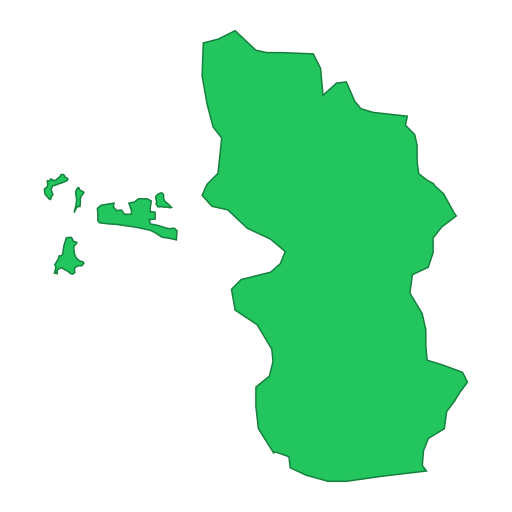 outline of Boryeong-si, South Chungcheong, South Korea
{"feature_id": "91817680B78801700081843", "entity_name": "Boryeong-si", "entity_type": "district", "adm_level": 2, "iso_a3": "KOR", "parent_name": "South Korea", "parent_adm1": "South Chungcheong", "projection": "natural_earth1", "projection_center": [126.462, 36.341], "detail": "fine", "context": "isolated", "style": "filled", "palette": "green", "viewbox_px": 512, "rotation_deg": 0, "n_neighbors": 0, "source": "geoboundaries", "source_scale": "gbopen_adm2", "svg_char_len": 2879}
<svg xmlns="http://www.w3.org/2000/svg" viewBox="0 0 512 512"><path d="M407.3,116.2L373.1,112.4L360.9,108.7L354.8,101.4L346.3,81.9L336.5,83.1L323.0,95.3L320.6,68.5L313.3,53.9L281.5,52.6L266.8,52.6L255.8,50.2L235.1,30.7L218.0,39.2L203.3,42.9L202.1,75.8L207.0,103.8L213.1,127.0L221.7,138.0L218.0,173.3L207.0,184.3L202.1,195.3L211.9,206.3L227.8,209.9L247.3,228.3L270.6,239.2L285.2,251.5L280.3,263.7L270.6,272.2L241.2,279.5L231.5,289.3L235.1,310.1L257.1,324.7L271.8,349.2L273.0,361.4L269.4,376.1L255.9,387.1L255.9,406.6L258.4,428.7L273.6,452.9L275.5,451.9L289.0,456.8L290.2,467.8L306.1,475.2L328.1,481.3L346.5,481.3L380.7,476.4L426.4,471.0L422.3,465.4L423.5,450.7L428.4,438.4L444.3,428.7L446.7,411.5L454.0,401.8L460.1,392.0L467.5,382.2L462.6,372.4L443.0,365.1L427.1,360.2L425.9,346.7L425.8,329.6L422.2,313.7L409.9,293.0L412.4,274.7L428.2,267.3L433.1,252.7L433.1,238.0L441.7,227.0L456.3,215.9L453.9,212.6L443.7,193.9L434.3,185.3L433.6,183.7L426.5,179.8L418.7,173.6L417.1,161.9L417.1,145.5L414.7,134.6L405.4,125.2L407.3,116.2ZM155.1,212.2L150.3,211.6L150.3,207.4L151.3,201.0L147.1,198.8L138.5,198.8L134.3,202.0L128.9,203.1L131.6,211.1L131.0,214.3L124.6,214.3L121.4,210.0L116.6,210.6L113.4,206.8L114.0,203.1L101.1,205.2L97.4,208.4L97.9,214.3L97.9,220.7L99.5,222.8L108.6,223.9L116.6,224.4L127.3,226.0L135.3,227.1L142.8,228.7L150.3,230.3L155.6,233.0L162.0,237.2L169.5,238.3L176.4,239.9L177.0,230.8L174.3,228.2L169.0,228.7L164.7,227.6L158.3,225.5L150.3,223.9L149.2,219.6L155.1,219.1L155.1,212.2ZM74.7,267.8L78.0,265.9L81.9,265.7L83.9,263.3L82.8,261.7L80.0,261.1L77.1,258.9L75.4,256.5L74.5,253.6L73.8,249.1L74.1,245.6L75.6,244.5L76.9,242.7L75.1,241.6L73.0,241.2L72.5,239.0L71.2,237.3L69.7,237.5L66.4,237.7L63.8,246.0L63.3,249.5L62.9,253.4L61.4,255.8L59.2,255.8L58.3,259.3L56.8,261.3L54.8,264.8L55.9,267.0L55.5,268.9L54.4,273.1L57.2,273.7L57.2,270.3L59.0,268.7L61.8,267.8L64.0,269.2L66.2,270.3L68.8,272.0L70.3,273.5L72.7,274.2L74.9,272.4L74.5,270.3L74.7,267.8ZM67.3,180.5L67.9,178.7L65.1,177.2L64.5,175.7L63.6,174.6L61.4,174.4L59.4,177.2L57.5,178.5L55.9,180.3L53.7,180.5L50.9,178.9L49.8,180.7L47.2,180.9L47.8,184.2L47.0,187.2L44.5,188.8L44.5,191.4L45.2,194.4L47.4,196.8L48.9,198.8L50.4,199.5L51.5,196.6L52.9,194.7L51.1,189.6L52.4,186.1L55.0,185.3L59.6,183.5L61.8,182.9L64.5,181.8L67.3,180.5ZM167.7,203.6L165.3,201.8L164.2,200.0L163.6,197.9L163.6,195.9L163.6,194.8L162.8,193.5L161.4,192.8L159.8,193.3L157.6,194.4L155.6,196.8L156.1,199.7L156.7,201.2L156.1,204.1L158.0,206.9L162.0,206.7L163.7,207.1L166.8,207.1L170.3,207.8L171.6,207.3L167.7,203.6ZM75.8,209.1L76.9,207.1L78.9,206.5L80.0,206.5L80.4,202.1L80.2,199.3L80.6,197.3L81.9,195.3L83.3,193.6L83.9,192.3L82.6,191.4L80.4,190.5L79.3,189.2L79.3,188.1L78.0,187.7L76.7,189.2L76.5,189.6L75.8,191.6L75.8,195.1L76.5,197.5L76.5,200.3L76.3,203.0L75.8,205.8L74.7,210.4L74.1,212.6L75.8,209.1Z" fill="#22c55e" stroke="#15803d" stroke-width="1.5"/></svg>